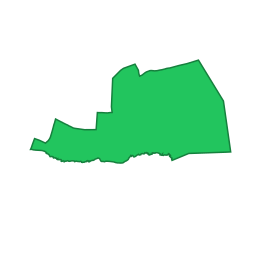 the district of Falelatai & Samatau, Aiga-i-le-Tai, Samoa, rotated 340°
{"feature_id": "51752279B18157705757653", "entity_name": "Falelatai & Samatau", "entity_type": "district", "adm_level": 2, "iso_a3": "WSM", "parent_name": "Samoa", "parent_adm1": "Aiga-i-le-Tai", "projection": "albers", "projection_center": [-172.03, -13.899], "detail": "fine", "context": "isolated", "style": "filled", "palette": "green", "viewbox_px": 256, "rotation_deg": 340, "n_neighbors": 0, "source": "geoboundaries", "source_scale": "gbopen_adm2", "svg_char_len": 2882}
<svg xmlns="http://www.w3.org/2000/svg" viewBox="0 0 256 256"><g transform="rotate(340 128 128)"><path d="M144.2,70.4L140.8,71.3L130.6,76.1L119.7,102.4L118.4,108.0L116.6,107.4L115.6,107.2L113.8,106.8L111.6,105.9L108.7,104.6L105.9,103.6L104.5,103.0L97.5,118.6L93.7,117.3L86.7,114.8L77.5,109.9L77.3,109.7L76.7,109.4L74.2,106.7L72.9,105.5L72.5,104.8L70.8,103.2L63.0,94.8L60.7,98.1L59.3,99.8L58.1,101.6L55.7,105.0L54.3,106.9L51.8,110.2L50.5,111.4L48.8,112.6L45.4,113.9L45.3,114.0L40.6,109.3L36.6,106.0L32.7,110.6L30.2,113.7L29.1,114.8L30.3,115.2L31.5,116.1L33.7,117.2L37.4,118.8L39.6,119.8L41.7,121.4L42.7,122.8L42.5,123.5L43.1,123.7L43.0,124.3L44.1,125.2L44.7,126.1L44.7,126.8L45.0,128.3L45.8,128.6L46.1,128.5L46.9,128.8L47.7,129.4L47.9,129.9L47.6,130.3L47.9,130.8L49.1,130.9L49.5,131.5L49.9,131.4L50.3,131.8L50.5,132.6L51.3,132.7L50.7,133.3L51.5,133.9L52.2,133.9L52.7,134.3L53.2,134.3L54.3,134.8L54.3,135.3L53.8,136.2L54.0,136.6L55.1,136.8L55.8,136.6L56.0,137.0L56.7,137.4L56.6,137.9L57.7,137.7L58.3,138.0L60.2,138.1L60.5,138.6L61.3,139.2L62.2,139.4L63.9,139.6L66.0,140.4L66.2,141.3L66.5,141.4L68.1,141.4L68.8,142.0L71.1,143.1L71.8,143.0L72.6,143.5L72.6,144.3L73.4,144.8L73.9,144.7L75.0,145.2L76.1,145.0L77.1,145.4L77.8,144.8L78.5,145.1L79.1,144.9L79.4,145.3L79.1,145.9L79.8,146.5L80.8,146.4L81.0,145.9L81.7,146.2L83.4,146.1L83.9,146.5L85.6,146.4L86.5,146.0L88.3,146.1L89.6,145.9L90.6,146.8L90.9,147.5L91.1,149.3L91.2,149.8L92.0,150.6L93.1,150.8L94.2,151.6L94.8,151.7L95.6,151.6L96.8,152.0L99.3,153.1L103.0,155.0L104.6,156.3L106.4,157.3L108.2,158.0L108.8,158.3L110.0,158.7L111.3,159.0L114.1,158.3L115.3,158.3L117.3,157.7L118.2,157.0L118.5,156.5L118.9,156.3L120.3,155.6L121.2,154.8L121.6,155.7L122.3,155.2L123.1,155.5L123.3,155.8L123.2,156.4L123.5,157.1L123.9,157.3L125.5,157.2L127.2,156.6L128.9,156.3L129.2,157.2L130.9,157.5L131.3,156.9L132.0,156.8L132.8,156.9L133.1,157.3L134.3,157.8L135.1,157.2L135.2,157.6L136.6,157.3L137.2,157.5L137.7,158.0L137.2,158.4L137.5,158.9L138.0,158.6L138.4,158.9L138.6,159.8L138.4,160.3L139.0,160.7L139.8,160.7L140.3,160.4L141.1,160.8L141.9,160.7L142.1,159.8L142.6,159.7L143.3,160.0L143.4,160.4L144.9,160.9L145.1,160.6L145.9,160.8L147.1,161.3L148.1,162.0L148.8,162.6L149.5,163.4L148.9,164.1L150.1,165.0L151.4,164.3L150.9,165.3L151.9,165.9L153.1,165.7L153.9,166.2L154.6,166.6L156.0,166.6L156.0,166.8L156.9,166.7L157.3,165.9L157.7,166.1L157.8,167.2L158.5,168.0L158.5,168.5L157.5,168.3L157.4,168.8L157.9,169.6L158.3,170.7L158.9,171.0L159.0,171.5L158.3,172.3L158.3,173.5L176.4,172.7L211.5,184.1L216.3,185.6L226.9,135.3L217.4,88.3L205.3,87.7L199.8,87.0L197.3,86.7L187.7,85.9L186.1,85.5L184.4,85.2L183.1,85.2L179.4,84.8L178.0,84.5L175.0,84.1L172.5,83.4L171.3,82.8L169.4,81.9L168.2,81.6L167.0,81.6L164.9,81.6L163.3,81.8L159.3,83.1L156.7,83.3L156.7,81.4L156.9,80.0L157.5,77.3L156.4,70.4L144.2,70.4Z" fill="#22c55e" stroke="#15803d" stroke-width="1.5"/></g></svg>